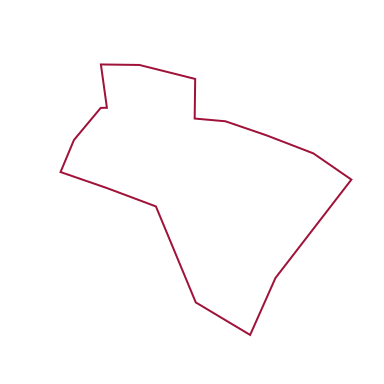 the district of Almalik city, Tashkent, Uzbekistan, rotated 26°
{"feature_id": "79887680B75027378773615", "entity_name": "Almalik city", "entity_type": "district", "adm_level": 2, "iso_a3": "UZB", "parent_name": "Uzbekistan", "parent_adm1": "Tashkent", "projection": "equal_earth", "projection_center": [69.57, 40.824], "detail": "fine", "context": "isolated", "style": "outline", "palette": "rose", "viewbox_px": 384, "rotation_deg": 26, "n_neighbors": 0, "source": "geoboundaries", "source_scale": "gbopen_adm2", "svg_char_len": 373}
<svg xmlns="http://www.w3.org/2000/svg" viewBox="0 0 384 384"><g transform="rotate(26 192 192)"><path d="M145.3,89.0L89.0,100.9L54.2,117.3L78.6,153.6L73.1,156.4L63.1,197.0L65.1,231.7L113.6,225.8L165.9,220.8L243.8,289.6L306.9,295.0L304.7,232.7L329.8,111.0L284.2,104.1L234.4,108.4L191.0,113.8L162.2,124.8L145.3,89.0Z" fill="none" stroke="#9f1239" stroke-width="2"/></g></svg>